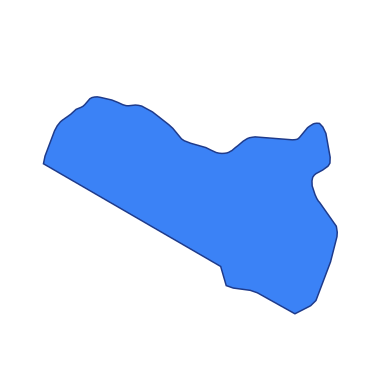 Tel Aviv, Natural Earth projection, rotated 283°
{"feature_id": "ISR-3057", "entity_name": "Tel Aviv", "entity_type": "District", "adm_level": 1, "iso_a3": "ISR", "parent_name": "Israel", "parent_adm1": "", "projection": "natural_earth1", "projection_center": [34.837, 32.095], "detail": "fine", "context": "isolated", "style": "filled", "palette": "blue", "viewbox_px": 384, "rotation_deg": 283, "n_neighbors": 0, "source": "natural_earth", "source_scale": "10m", "svg_char_len": 1230}
<svg xmlns="http://www.w3.org/2000/svg" viewBox="0 0 384 384"><g transform="rotate(283 192 192)"><path d="M96.5,319.6L108.5,278.3L109.3,270.9L107.7,253.8L108.5,246.4L125.9,236.7L186.1,40.9L193.9,40.7L220.7,44.3L226.2,45.8L230.8,48.0L232.9,49.6L240.4,56.3L246.5,60.5L249.5,64.8L251.0,66.5L253.0,67.9L259.9,71.5L261.5,73.3L262.6,75.6L263.4,78.3L263.6,81.5L263.6,93.2L262.6,99.7L261.5,105.0L261.3,108.4L261.7,110.6L264.0,117.3L264.4,120.5L264.4,123.7L261.1,135.6L252.4,154.2L249.7,159.0L241.4,169.8L240.2,172.9L239.2,179.9L238.4,195.5L237.1,200.9L235.9,206.7L235.9,209.6L236.3,212.5L237.1,215.2L238.0,217.4L239.2,219.2L240.2,220.2L241.4,221.6L245.1,224.3L247.1,226.0L253.0,230.4L256.5,233.9L257.9,236.0L258.9,238.4L259.9,241.1L265.4,278.0L266.2,280.7L267.2,282.9L269.2,284.4L280.6,290.1L282.5,291.7L285.6,294.8L286.3,296.0L287.1,298.1L287.5,300.8L284.8,304.8L279.2,309.3L256.9,318.8L251.2,319.9L247.9,318.8L242.8,314.4L237.8,308.7L235.9,307.3L233.5,306.3L229.8,306.4L225.0,307.7L217.2,312.4L213.8,315.0L211.7,317.0L210.5,318.7L191.3,340.1L191.1,340.2L191.1,340.3L190.7,340.5L189.7,340.9L185.4,342.6L181.1,343.3L155.1,342.7L114.2,337.2L107.9,333.2L96.5,319.7L96.5,319.6Z" fill="#3b82f6" stroke="#1e3a8a" stroke-width="1.5"/></g></svg>